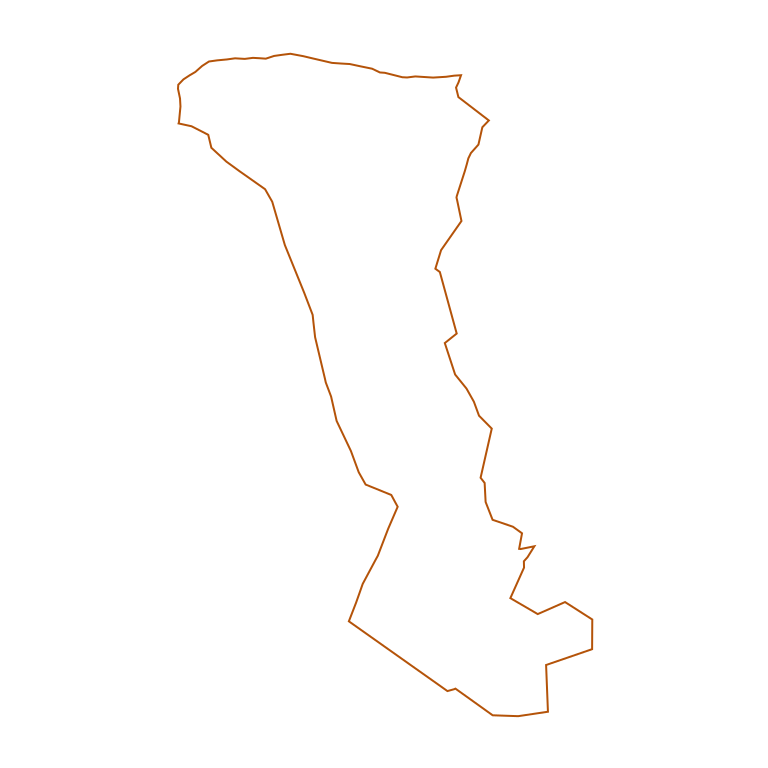 Oriade, Osun, Nigeria (Mercator projection), rotated 184°
{"feature_id": "59680162B70922239420655", "entity_name": "Oriade", "entity_type": "district", "adm_level": 2, "iso_a3": "NGA", "parent_name": "Nigeria", "parent_adm1": "Osun", "projection": "mercator", "projection_center": [4.887, 7.554], "detail": "fine", "context": "isolated", "style": "outline", "palette": "amber", "viewbox_px": 768, "rotation_deg": 184, "n_neighbors": 0, "source": "geoboundaries", "source_scale": "gbopen_adm2", "svg_char_len": 1648}
<svg xmlns="http://www.w3.org/2000/svg" viewBox="0 0 768 768"><g transform="rotate(184 384 384)"><path d="M610.1,668.2L610.1,664.1L607.4,654.6L606.4,646.6L606.6,638.9L606.8,630.9L607.1,629.6L596.8,628.1L594.0,627.7L576.7,620.3L572.7,607.6L556.7,594.8L547.1,588.8L542.8,586.1L516.2,570.0L508.2,558.0L503.3,544.7L492.6,515.7L483.7,497.5L470.0,469.5L460.0,448.0L458.7,440.6L456.0,425.9L446.8,396.4L443.2,384.9L442.2,381.5L435.9,367.8L428.7,343.9L412.3,314.8L403.1,294.3L402.4,293.2L395.3,282.4L369.0,273.8L364.5,266.7L361.8,262.5L369.7,240.0L378.2,212.2L380.1,208.1L391.3,183.1L393.9,173.6L396.6,163.9L402.5,144.8L299.3,82.1L292.8,84.4L291.5,85.1L252.5,61.1L227.0,62.0L197.6,68.5L202.7,115.0L157.9,134.0L159.8,163.6L188.2,179.1L214.6,165.2L243.0,179.2L231.5,210.6L232.1,216.9L228.7,221.3L222.7,232.6L236.2,228.9L237.7,229.0L235.9,244.7L245.4,250.6L266.2,256.1L274.4,273.4L276.7,292.3L281.1,297.2L273.4,347.0L287.0,359.0L293.1,372.6L301.4,385.2L313.7,398.4L326.2,429.1L315.0,439.4L336.1,499.6L340.8,502.6L336.4,521.5L318.1,552.0L323.8,572.2L324.7,575.1L324.5,576.5L318.2,602.1L316.8,608.7L315.6,615.0L313.4,620.5L306.5,629.4L303.8,647.0L297.8,654.2L329.8,675.4L332.8,684.7L330.7,690.1L328.7,697.4L335.4,696.5L343.5,694.8L356.4,693.1L374.2,693.0L382.3,691.4L387.1,691.3L404.9,694.5L409.8,694.5L417.9,697.7L429.2,699.2L440.5,700.8L448.8,700.7L450.2,700.7L458.3,700.7L477.7,703.8L487.4,705.4L500.4,706.9L508.5,705.3L516.5,703.6L524.6,700.3L531.1,700.3L537.5,700.2L545.6,698.6L555.3,698.5L563.4,696.8L573.1,695.2L581.1,693.5L587.6,688.6L594.0,682.1L598.8,678.8L599.0,678.7L605.3,673.9L610.1,668.2Z" fill="none" stroke="#b45309" stroke-width="2"/></g></svg>